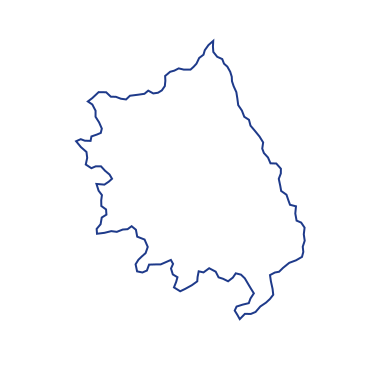 Canaã, Minas Gerais, Brazil, rotated 326°
{"feature_id": "56859067B79811618313026", "entity_name": "Canaã", "entity_type": "district", "adm_level": 2, "iso_a3": "BRA", "parent_name": "Brazil", "parent_adm1": "Minas Gerais", "projection": "orthographic", "projection_center": [-42.629, -20.671], "detail": "fine", "context": "isolated", "style": "outline", "palette": "blue", "viewbox_px": 384, "rotation_deg": 326, "n_neighbors": 0, "source": "geoboundaries", "source_scale": "gbopen_adm2", "svg_char_len": 2261}
<svg xmlns="http://www.w3.org/2000/svg" viewBox="0 0 384 384"><g transform="rotate(326 192 192)"><path d="M172.6,326.0L177.6,327.0L184.6,325.1L191.5,325.1L196.7,324.3L201.9,322.6L204.6,317.4L207.5,310.1L210.2,304.5L215.7,305.1L219.6,306.8L225.1,305.8L233.0,305.1L240.0,306.8L246.9,307.3L250.8,303.9L253.2,299.3L258.2,295.4L261.0,289.6L265.4,284.5L265.4,278.4L262.7,274.2L265.6,267.6L270.2,262.0L266.1,257.4L267.2,253.0L268.8,247.1L266.5,241.0L268.5,236.5L271.3,229.6L276.0,226.3L278.7,222.4L277.8,215.5L273.1,212.1L274.3,205.9L273.4,199.9L274.5,195.3L278.7,190.7L279.0,183.8L278.3,176.0L277.6,169.7L279.6,164.0L277.4,158.9L278.9,152.4L278.9,145.8L281.9,139.8L284.6,134.0L285.7,127.5L287.1,122.5L289.4,118.7L290.9,113.7L291.4,107.8L290.3,103.5L291.4,98.7L288.5,94.0L288.0,87.8L290.7,83.1L294.1,78.6L287.8,79.4L281.9,81.6L278.3,84.6L272.9,84.9L267.5,88.1L263.4,89.1L259.2,89.7L253.6,85.9L250.1,82.1L245.2,81.5L241.1,80.1L234.6,80.8L232.1,84.9L228.7,89.0L223.8,90.9L219.3,90.7L215.0,88.6L212.4,83.5L207.5,84.0L201.9,81.3L194.4,77.5L189.1,78.4L185.2,74.9L182.1,70.5L178.0,67.6L176.6,61.3L170.4,57.0L166.2,57.7L161.8,58.4L156.3,58.7L158.3,63.7L157.5,70.7L154.1,75.7L153.9,82.3L152.7,89.0L149.4,92.0L145.3,91.2L139.7,89.7L136.5,92.9L131.8,89.5L129.3,86.0L124.3,85.1L125.0,92.6L126.9,99.8L124.2,105.1L119.3,109.8L121.9,116.0L126.6,116.9L130.9,119.8L131.8,125.8L133.4,131.4L133.1,136.3L128.8,136.9L123.5,136.9L117.3,131.9L115.3,138.7L115.6,144.2L112.1,148.1L109.0,152.9L111.0,158.4L108.4,162.9L102.9,162.7L98.2,167.6L92.3,169.3L89.9,173.5L96.6,176.9L103.2,179.3L107.4,183.0L113.6,184.4L117.8,186.8L122.8,186.6L124.4,191.9L121.6,198.4L126.1,204.9L124.6,212.8L119.4,216.7L114.2,217.4L109.7,218.2L104.8,220.4L102.1,227.1L105.9,231.0L110.7,231.9L115.8,228.2L121.5,231.8L125.5,234.5L132.0,235.7L136.5,236.5L136.1,241.0L131.8,243.7L130.0,249.6L132.3,254.5L128.7,257.6L123.7,261.0L126.7,267.7L132.1,268.5L139.7,269.2L146.4,269.0L149.1,265.6L153.2,261.5L156.6,265.1L163.6,264.8L167.1,271.3L166.3,277.6L169.2,281.3L172.0,286.2L178.0,285.8L182.8,283.9L186.4,287.9L187.5,293.1L187.1,300.0L186.8,305.3L186.6,310.6L180.9,313.0L176.9,315.9L171.0,313.7L164.9,311.9L161.1,314.2L160.9,319.3L160.5,324.1L167.7,322.6L172.6,326.0Z" fill="none" stroke="#1e3a8a" stroke-width="2"/></g></svg>